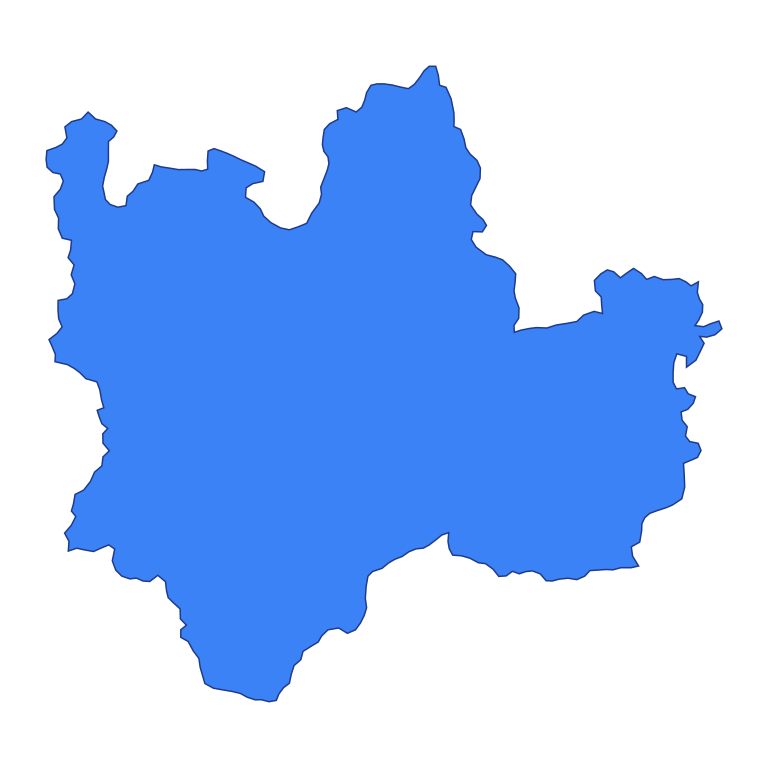 Lavras, Minas Gerais, Brazil (orthographic projection)
{"feature_id": "56859067B96133552143909", "entity_name": "Lavras", "entity_type": "district", "adm_level": 2, "iso_a3": "BRA", "parent_name": "Brazil", "parent_adm1": "Minas Gerais", "projection": "orthographic", "projection_center": [-45.035, -21.263], "detail": "fine", "context": "isolated", "style": "filled", "palette": "blue", "viewbox_px": 768, "rotation_deg": 0, "n_neighbors": 0, "source": "geoboundaries", "source_scale": "gbopen_adm2", "svg_char_len": 4376}
<svg xmlns="http://www.w3.org/2000/svg" viewBox="0 0 768 768"><path d="M247.2,697.2L255.1,699.8L261.3,699.7L269.1,701.7L276.3,700.4L278.9,693.9L283.6,687.6L289.4,683.2L291.3,674.1L294.1,665.5L300.8,659.7L303.0,651.4L311.5,646.0L318.2,642.0L321.6,636.0L328.0,629.8L338.7,628.0L347.4,633.3L355.5,629.8L360.5,622.9L364.3,615.3L366.6,607.7L365.3,598.3L366.2,586.0L367.9,576.3L372.4,571.6L382.1,568.3L388.5,563.0L394.8,559.3L402.3,556.4L409.0,551.7L416.0,548.9L423.4,548.1L429.1,545.0L435.8,539.9L441.6,535.1L448.7,532.6L448.0,541.6L449.3,548.9L452.7,555.1L461.5,555.8L469.9,558.2L478.3,562.7L485.6,563.7L493.1,569.2L498.8,576.4L506.2,575.9L512.4,571.3L519.3,573.8L525.7,571.6L532.4,570.9L540.3,573.9L546.1,580.7L552.3,581.0L558.9,579.2L568.0,578.2L576.8,579.6L584.8,576.1L589.9,570.6L598.9,570.0L606.0,569.5L613.1,569.8L620.8,567.7L631.1,567.7L638.6,566.0L632.6,556.2L631.3,546.8L639.7,542.1L641.6,531.0L641.9,523.7L644.7,517.7L649.8,513.3L657.8,510.4L665.9,507.8L672.6,504.9L681.8,498.8L684.7,487.0L684.2,474.7L683.5,463.4L697.5,457.4L701.0,450.5L698.2,443.3L689.6,441.5L685.5,436.0L687.2,426.7L682.1,420.2L681.1,411.9L687.8,409.3L693.3,403.2L695.5,396.7L688.2,393.8L684.5,387.7L676.5,388.9L673.1,382.2L673.1,372.5L673.8,362.8L676.8,353.8L686.5,356.4L686.5,367.2L695.9,360.2L700.7,350.5L704.1,343.3L699.6,336.4L706.8,337.1L715.1,334.7L721.9,328.8L718.9,321.0L710.4,323.8L703.7,326.7L695.0,325.6L698.7,320.1L702.4,312.2L702.7,304.6L699.4,298.9L697.3,292.4L698.4,281.8L691.0,285.9L685.9,281.8L679.2,278.6L671.9,279.4L663.1,279.7L654.3,276.5L646.6,279.4L641.5,273.6L633.5,268.4L626.0,273.6L620.4,277.8L613.7,271.8L607.3,269.9L600.8,273.9L594.4,280.5L595.4,290.9L601.2,296.9L601.7,305.0L602.5,313.5L594.1,311.4L583.6,315.1L576.9,321.5L566.8,323.4L556.3,325.0L546.9,328.0L536.5,327.6L529.9,328.4L521.1,330.1L514.3,332.3L514.0,325.4L518.7,318.3L519.0,307.9L515.3,298.0L514.0,290.8L515.1,282.1L515.7,273.8L509.6,266.2L502.5,259.8L495.5,257.2L486.1,254.7L476.0,247.1L471.3,239.5L473.0,231.6L482.3,231.9L486.5,225.4L483.1,219.7L476.7,213.9L470.6,204.9L471.7,195.5L475.6,187.6L480.0,178.6L480.4,168.0L477.0,160.4L470.0,154.0L465.9,147.8L464.0,138.8L460.6,129.5L453.9,126.5L454.1,119.8L453.9,112.8L451.1,98.8L446.0,87.3L439.6,85.3L438.3,75.2L435.7,66.3L429.2,66.3L424.2,70.7L419.8,77.4L414.4,84.3L408.4,88.7L400.6,87.1L392.2,85.0L384.1,83.9L377.0,83.9L371.0,85.3L366.6,92.6L364.7,100.2L361.9,107.1L356.2,112.0L346.4,107.7L337.3,110.6L337.9,119.4L329.7,123.7L324.3,129.5L323.1,137.4L322.4,144.7L323.9,151.4L328.0,156.8L328.9,163.7L327.3,170.1L324.2,178.1L320.7,187.1L321.5,194.3L319.2,203.0L311.7,213.2L306.7,223.3L297.7,227.0L289.3,229.8L280.5,227.9L270.8,222.6L263.7,216.1L260.3,208.8L253.9,202.1L245.5,197.3L246.1,187.9L252.8,183.6L262.9,181.4L264.6,171.7L255.9,166.3L247.8,162.7L240.7,159.7L234.3,156.5L228.0,153.7L221.6,151.2L214.1,148.6L208.1,151.0L207.4,160.6L207.7,169.2L201.6,171.0L195.2,169.5L187.2,169.5L178.4,169.6L169.4,168.1L161.2,166.9L154.3,164.8L152.6,172.0L148.8,180.3L137.8,184.0L133.1,191.2L127.3,196.2L126.0,205.6L117.9,207.2L110.1,204.5L105.4,199.5L104.1,193.0L102.6,186.1L104.3,177.3L106.7,169.0L108.4,161.4L108.4,148.7L108.5,141.4L113.7,137.0L116.9,131.0L111.4,125.2L104.9,121.6L95.6,119.0L88.1,112.1L81.5,119.0L71.6,121.6L64.9,126.9L66.9,137.9L62.3,144.1L55.6,147.6L46.9,150.6L46.1,159.4L47.1,167.2L52.9,172.5L60.4,174.1L63.3,181.1L60.4,189.1L54.0,196.7L54.5,209.4L58.6,218.1L58.3,228.8L62.3,238.2L71.5,240.3L70.6,250.1L68.1,257.7L74.1,264.9L71.2,274.8L74.9,283.8L72.4,293.7L66.8,298.8L58.1,300.4L58.0,310.3L58.7,318.8L62.1,326.9L57.0,333.4L49.0,339.6L52.3,346.9L55.4,354.5L55.0,361.7L67.5,364.6L74.2,368.4L79.7,372.5L86.0,378.7L96.9,381.9L99.8,389.8L101.5,399.6L103.8,407.8L97.2,410.3L99.1,416.5L101.9,423.7L107.7,428.5L102.8,433.8L103.0,443.2L109.3,450.8L103.0,456.9L101.9,465.9L94.6,472.1L90.4,481.5L83.7,490.1L75.1,494.4L73.4,504.2L71.4,511.0L75.8,516.5L71.3,525.3L64.6,533.1L69.0,541.4L68.3,551.1L76.7,548.2L85.5,550.1L93.6,551.5L99.9,548.6L108.7,544.9L114.7,549.0L112.3,560.8L115.8,570.2L121.8,576.1L129.9,578.9L136.3,578.1L143.0,581.0L149.7,581.5L157.8,575.3L165.5,581.7L166.6,591.2L168.2,597.6L173.3,602.7L180.1,608.9L180.4,618.9L186.4,625.2L180.8,629.7L180.8,637.4L188.1,641.4L193.2,650.8L198.9,658.4L200.2,667.4L202.7,676.0L204.9,683.5L213.4,688.2L221.8,689.7L231.9,691.4L240.3,693.4L247.2,697.2Z" fill="#3b82f6" stroke="#1e3a8a" stroke-width="1.5"/></svg>